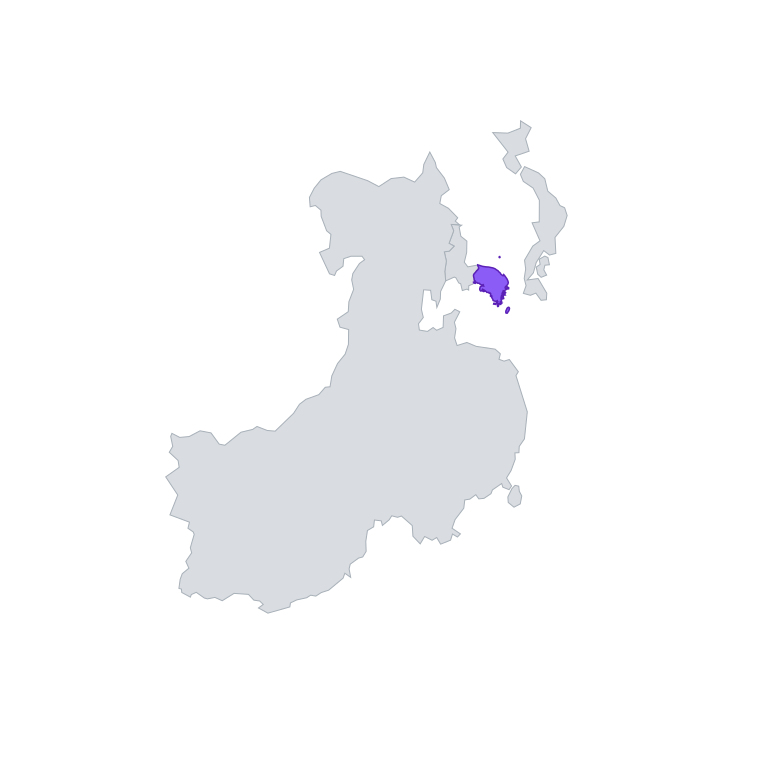 South Korea highlighted among its neighbors, rotated 311°
{"feature_id": "KOR", "entity_name": "South Korea", "entity_type": "country or territory", "adm_level": 0, "iso_a3": "KOR", "parent_name": "Asia", "parent_adm1": "", "projection": "mercator", "projection_center": [127.333, 35.912], "detail": "fine", "context": "with_neighbors", "style": "filled", "palette": "violet", "viewbox_px": 768, "rotation_deg": 311, "n_neighbors": 3, "source": "natural_earth", "source_scale": "50m", "svg_char_len": 7157}
<svg xmlns="http://www.w3.org/2000/svg" viewBox="0 0 768 768"><g transform="rotate(311 384 384)"><path d="M548.5,330.0L554.8,338.4L551.8,337.7L545.9,345.1L546.2,352.8L537.5,360.1L528.6,364.7L527.4,370.4L535.2,376.6L534.1,379.1L524.9,380.3L521.8,384.9L517.7,385.5L513.8,383.5L510.4,386.3L510.1,384.4L505.9,381.8L510.0,376.1L509.3,374.2L511.3,368.6L510.8,366.9L502.3,362.9L508.8,356.1L517.7,350.4L523.3,342.8L527.1,346.1L534.1,346.5L532.8,340.8L545.3,336.1L548.5,330.0Z" fill="#d9dde1" stroke="#a8b0b8" stroke-width="1"/><path d="M382.9,565.5L376.3,562.9L376.1,555.5L380.0,551.6L388.9,549.2L393.5,549.4L395.3,552.7L391.8,556.5L389.9,561.4L382.9,565.5ZM147.2,337.0L146.5,330.7L152.1,327.8L144.8,308.3L164.9,301.2L170.7,280.2L186.7,284.1L191.2,278.8L191.6,266.7L198.3,265.5L204.5,257.4L207.6,256.3L209.7,264.9L216.5,271.4L228.0,275.9L233.6,285.5L230.5,299.1L233.4,304.1L253.8,307.7L263.6,314.7L268.6,316.0L272.3,326.3L277.0,332.8L302.6,335.0L313.3,333.5L321.2,335.1L333.2,341.8L343.0,341.8L346.5,345.1L355.9,339.3L369.0,335.5L381.0,335.1L390.5,331.2L401.9,321.6L398.0,313.5L402.3,306.2L415.1,309.6L423.1,303.5L435.5,299.0L441.4,291.3L447.0,288.0L458.8,286.4L465.1,287.8L466.0,283.6L458.7,275.2L452.2,271.4L446.0,275.8L438.1,274.0L433.5,275.5L431.4,270.6L441.0,249.0L450.7,253.7L462.1,245.8L462.0,240.2L469.3,226.6L473.8,222.4L473.7,215.1L469.3,212.0L475.9,205.3L486.0,202.9L496.7,202.5L508.7,206.5L515.8,211.5L526.7,238.2L529.6,250.6L543.7,254.6L553.2,263.3L556.5,274.7L568.8,274.7L575.8,270.0L589.1,266.4L584.9,277.3L581.7,281.6L579.0,294.5L573.5,305.7L563.7,303.7L556.8,307.7L558.9,317.4L557.8,330.6L553.7,330.9L553.7,336.5L548.5,330.0L545.3,336.1L532.8,340.8L534.1,346.5L527.1,346.1L523.3,342.8L517.7,350.4L508.8,356.1L502.3,362.9L491.0,366.0L485.0,370.8L476.4,373.7L480.6,368.9L479.0,364.8L485.3,357.7L481.1,352.1L464.9,363.2L460.0,370.0L452.1,370.5L447.9,375.3L452.2,382.3L458.8,384.0L459.1,388.5L465.5,391.5L474.5,384.2L481.7,388.2L486.9,388.5L488.2,393.8L476.8,396.6L473.0,402.0L465.1,407.0L461.0,413.9L469.7,419.3L472.9,428.9L483.2,445.0L483.1,452.0L478.1,454.6L480.0,459.6L484.7,462.5L481.4,477.3L476.9,478.1L457.0,510.4L434.7,526.0L425.6,527.0L420.7,530.9L417.9,528.0L413.3,532.4L402.0,536.7L393.5,538.1L390.7,547.2L386.3,547.7L384.1,541.4L386.1,538.1L375.2,535.3L371.4,536.7L363.3,534.5L359.5,530.9L360.7,525.9L353.4,524.3L349.5,521.0L342.6,525.7L328.3,526.6L319.8,530.0L321.0,540.0L316.7,539.8L315.7,534.1L309.8,536.7L300.3,531.8L302.7,524.5L297.6,522.8L295.6,514.7L287.1,516.2L288.1,505.7L295.7,498.2L295.8,483.8L292.3,481.7L289.6,476.3L284.9,477.0L276.2,475.6L278.9,471.7L275.1,466.0L269.4,469.9L262.6,467.6L253.3,473.5L246.0,480.3L239.5,481.4L235.9,479.0L225.9,476.7L221.5,479.0L216.2,485.7L215.5,478.6L210.6,480.5L192.1,477.5L185.5,473.5L179.2,471.7L176.5,467.2L172.0,465.9L163.8,459.8L157.4,457.0L154.0,459.2L134.9,446.7L132.6,436.2L138.4,437.5L138.7,432.6L135.5,427.6L136.3,419.7L127.6,408.2L114.3,404.1L112.0,396.4L106.0,391.7L104.6,388.8L103.6,379.0L98.7,376.7L96.1,377.7L94.0,368.1L96.3,365.7L95.2,363.3L102.9,358.3L108.5,356.2L117.0,357.6L120.1,350.8L130.4,349.6L133.3,345.3L146.0,339.4L147.2,337.0Z" fill="#d9dde1" stroke="#a8b0b8" stroke-width="1"/><path d="M644.4,370.7L637.0,381.1L637.1,391.7L634.1,399.7L635.5,404.7L631.3,411.7L621.0,416.3L606.8,416.9L595.3,428.0L589.9,424.3L589.5,417.0L575.5,419.2L565.9,423.8L556.5,423.9L564.7,431.1L559.3,447.3L554.1,451.3L550.2,447.6L552.2,439.0L547.0,436.3L543.8,429.7L551.4,426.7L555.6,420.6L563.7,415.5L569.7,408.8L585.7,405.8L594.4,407.8L602.8,390.0L608.2,394.8L624.6,380.7L629.7,368.0L628.3,356.2L631.7,349.4L640.3,347.5L644.7,362.2L644.4,370.7ZM666.5,319.1L672.2,314.4L674.0,326.9L662.0,329.9L654.9,340.8L642.2,333.4L637.9,345.3L628.9,345.4L627.8,334.6L631.8,326.1L640.4,325.5L645.1,301.1L654.6,312.9L666.5,319.1ZM567.7,428.0L572.1,422.2L576.7,423.4L580.0,419.3L586.0,421.4L587.0,424.7L582.5,430.6L579.2,427.5L575.0,429.7L572.9,435.3L567.6,432.6L567.7,428.0Z" fill="#d9dde1" stroke="#a8b0b8" stroke-width="1"/><path d="M521.4,385.1L521.6,385.0L521.6,384.7L521.6,383.8L522.4,383.1L523.4,381.8L523.9,381.1L524.4,380.5L525.1,380.0L525.7,379.8L526.7,379.7L528.6,379.8L529.0,379.7L530.4,379.6L530.7,379.8L531.6,379.8L532.7,379.8L533.3,379.6L533.8,379.2L534.2,378.6L534.7,377.5L535.1,376.7L535.4,376.5L537.4,381.1L539.3,384.1L540.9,386.2L543.2,390.3L543.9,392.5L543.9,393.8L544.3,395.7L544.0,396.8L544.1,398.4L543.9,399.3L543.6,399.9L543.6,401.1L543.7,401.8L543.7,402.6L543.9,402.9L544.2,403.1L544.6,402.8L545.1,402.6L545.0,403.7L544.4,406.2L543.9,408.1L543.1,409.8L542.2,411.2L541.1,411.8L540.3,412.0L538.8,412.1L537.6,411.9L536.5,412.0L536.1,412.4L535.8,412.9L536.0,413.7L536.0,414.3L535.5,414.3L534.6,413.9L533.6,413.9L533.2,413.7L532.7,412.8L532.2,412.9L531.4,413.4L530.1,413.5L529.7,413.8L529.5,414.1L529.7,414.6L530.3,415.2L530.1,415.8L529.4,416.1L528.9,415.3L528.6,414.6L528.2,414.6L527.6,414.8L527.5,415.6L527.8,416.1L528.2,416.7L527.6,417.4L527.4,417.9L527.0,418.3L525.7,417.5L525.9,416.9L526.4,416.4L526.5,415.8L526.3,415.5L524.6,416.9L523.5,418.6L522.9,418.4L522.7,418.0L522.4,417.8L521.2,418.9L521.0,419.7L520.6,419.8L520.4,419.4L520.4,418.7L520.2,418.0L519.0,417.1L518.4,416.3L518.7,415.8L519.7,416.0L520.5,416.0L520.3,415.6L520.1,415.4L520.6,415.2L521.1,414.8L520.7,414.6L520.1,414.9L519.7,414.8L519.5,413.7L518.9,412.6L518.6,411.5L519.2,410.9L519.5,409.9L520.0,408.5L520.2,408.1L521.0,407.8L521.2,407.4L520.8,407.2L520.2,407.0L520.2,406.6L520.6,406.4L521.1,406.0L522.1,405.4L522.3,404.4L522.1,404.1L521.5,403.9L521.6,403.4L521.9,403.0L521.8,402.8L521.1,402.1L520.6,401.5L520.8,400.8L520.7,399.7L520.7,398.8L520.7,398.4L520.4,397.3L520.2,396.2L519.8,396.3L519.4,396.6L518.1,396.2L517.7,396.2L517.6,395.4L518.0,394.4L519.1,393.5L519.7,393.4L520.2,393.0L520.9,392.9L521.8,393.5L522.6,393.6L523.0,394.6L523.3,394.9L523.4,394.5L524.0,394.0L524.1,393.7L523.3,393.3L522.6,392.1L522.5,391.5L522.3,391.1L522.6,390.1L521.9,388.9L521.5,388.6L521.6,387.5L521.2,386.8L520.9,386.5L520.8,385.8L520.9,385.5L521.3,385.4L521.4,385.1ZM518.9,430.4L518.5,430.6L518.2,430.4L517.7,429.8L517.6,429.5L517.9,429.0L519.0,428.1L521.9,427.2L522.4,427.2L523.5,427.5L523.8,428.2L523.6,428.8L523.3,429.2L522.0,429.9L521.0,430.2L518.9,430.4ZM538.4,415.0L537.6,415.6L536.6,414.8L536.4,414.4L537.1,413.7L537.8,413.0L538.2,412.9L538.4,415.0ZM532.9,415.0L532.8,415.9L532.3,416.0L531.9,415.3L531.6,415.6L531.4,415.6L531.1,414.9L531.1,414.3L531.7,413.8L532.1,414.1L532.7,414.2L532.9,415.0ZM518.2,419.2L517.6,419.4L517.3,419.0L517.1,418.9L517.3,418.5L518.1,417.6L518.3,417.3L519.0,417.5L519.3,418.0L519.0,418.7L518.2,419.2ZM520.5,385.6L520.4,387.0L520.0,386.9L519.7,386.8L519.6,386.5L519.2,385.2L519.6,384.7L520.2,385.1L520.5,385.6ZM517.7,415.7L517.5,415.9L517.2,415.9L516.8,415.2L516.7,414.6L516.3,414.3L516.9,413.9L517.6,414.7L517.7,415.7ZM519.6,398.2L519.5,398.8L519.0,398.4L518.8,397.0L519.4,397.4L519.6,398.2ZM555.9,388.2L555.6,388.5L555.1,388.2L555.1,387.9L555.3,387.6L555.8,387.5L556.1,387.7L555.9,388.2ZM522.3,419.5L522.5,419.9L521.8,419.9L521.5,419.4L521.5,419.0L521.9,419.0L522.3,419.5ZM530.8,416.8L530.7,417.1L530.3,416.7L530.7,416.2L530.8,416.8Z" fill="#8b5cf6" stroke="#5b21b6" stroke-width="1.5"/></g></svg>